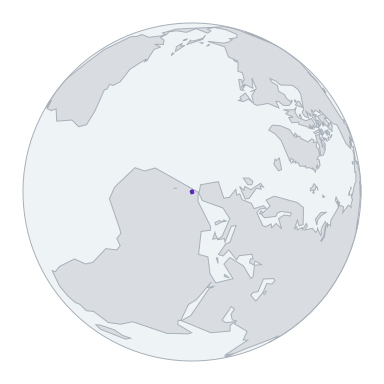 Rabat - Salé - Zemmour - Zaer on an orthographic globe, rotated 82°
{"feature_id": "MAR-1451", "entity_name": "Rabat - Salé - Zemmour - Zaer", "entity_type": "Region", "adm_level": 1, "iso_a3": "MAR", "parent_name": "Morocco", "parent_adm1": "", "projection": "orthographic", "projection_center": [-6.34, 33.685], "detail": "coarse", "context": "on_globe", "style": "filled", "palette": "violet", "viewbox_px": 384, "rotation_deg": 82, "n_neighbors": 0, "source": "natural_earth", "source_scale": "10m", "svg_char_len": 9862}
<svg xmlns="http://www.w3.org/2000/svg" viewBox="0 0 384 384"><g transform="rotate(82 192 192)"><circle cx="192" cy="192" r="169" fill="#eef3f6" stroke="#a8b0b8"/><path d="M62.5,300.5L49.3,278.4L45.7,271.6L38.7,259.1L29.8,231.3L30.2,225.2L29.1,219.5L32.8,213.3L33.1,200.6L32.2,196.9L30.4,199.1L28.5,184.9L29.5,173.7L32.8,136.8L35.2,130.0L38.4,123.0L55.8,92.7L40.7,117.1L44.4,109.9L50.3,100.0L50.7,99.6L59.7,87.2L65.2,80.4L78.3,67.4L92.9,57.6L88.8,60.8L92.8,58.5L98.1,54.4L100.6,52.4L121.4,42.3L140.0,33.9L142.8,31.8L144.6,32.1L147.8,29.1L155.9,26.9L148.6,29.2L149.3,29.4L155.7,27.5L157.9,27.4L162.2,26.6L164.2,26.7L159.8,28.5L160.9,28.8L165.4,27.5L170.2,27.2L163.5,29.0L171.1,28.8L165.2,32.8L145.5,39.1L144.0,43.0L128.6,54.4L131.8,54.1L128.0,58.8L130.3,60.3L126.8,62.4L131.7,61.9L134.5,59.7L137.5,58.9L139.2,59.7L134.9,62.4L133.5,62.4L133.1,63.6L130.3,64.7L132.6,64.6L127.3,68.1L134.9,66.0L132.7,69.9L128.5,71.9L125.9,69.9L109.9,70.8L104.9,73.0L100.4,77.6L98.3,89.6L94.1,93.1L90.5,99.0L94.2,97.7L98.3,92.7L104.3,92.2L108.7,86.6L111.8,85.8L117.5,81.1L119.8,83.9L119.0,89.4L114.4,93.5L113.9,96.2L120.9,94.2L114.9,104.4L115.3,115.8L113.3,118.5L104.9,119.4L98.3,113.9L87.4,116.8L97.7,117.3L92.8,124.7L93.3,127.1L95.4,128.3L98.6,126.6L97.6,129.8L87.0,130.1L87.8,127.1L91.1,126.9L88.0,124.6L80.8,125.6L78.9,129.7L70.1,128.3L68.6,131.3L65.9,133.0L68.9,128.1L63.3,137.1L52.8,139.4L45.0,155.4L49.1,139.6L48.5,134.8L46.9,130.9L45.5,133.4L45.4,125.9L42.0,125.8L35.9,136.0L32.1,147.3L32.7,154.1L35.1,150.9L36.9,154.4L30.9,165.1L33.1,175.2L30.2,184.9L30.2,192.6L32.5,195.2L34.5,201.8L37.7,198.6L42.0,199.8L40.4,208.4L44.1,203.1L45.5,209.7L55.1,218.0L54.0,219.3L61.8,236.3L72.9,247.8L75.5,255.5L73.9,258.5L78.3,261.9L78.4,264.4L98.5,277.0L110.7,287.1L111.6,295.1L104.0,300.9L103.0,316.1L90.8,315.0L91.8,320.0L89.3,323.7L81.4,318.2L87.8,324.1L86.9,324.1L82.9,321.0L84.2,322.1L72.9,311.8L62.5,300.5ZM42.4,160.2L45.2,176.4L41.4,172.3L42.5,171.9L42.3,166.6L41.1,159.6L38.3,156.7L42.4,160.2ZM48.7,155.7L48.0,153.6L49.0,155.0L48.7,155.7ZM101.4,51.7L98.0,54.4L92.4,58.3L95.0,56.0L101.4,51.7ZM112.3,45.3L111.3,46.3L107.0,48.1L108.9,47.0L112.3,45.3ZM144.3,30.6L141.1,31.8L143.5,30.7L144.3,30.6ZM162.5,26.4L162.7,26.2L164.8,25.9L162.5,26.4ZM115.8,79.9L116.6,80.5L115.1,81.1L115.8,79.9ZM117.5,77.5L115.2,77.7L115.7,76.6L117.1,76.5L117.5,77.5ZM169.8,26.0L173.2,25.8L169.0,26.3L169.8,26.0ZM120.2,77.5L116.8,74.6L117.7,72.8L123.7,70.8L120.2,77.5ZM174.6,25.9L182.9,25.8L184.1,25.2L185.3,27.3L177.9,26.4L172.5,27.0L175.2,26.3L174.6,25.9ZM134.6,58.7L131.8,61.1L132.7,58.4L134.6,58.7ZM134.5,57.3L132.9,51.1L137.9,48.4L137.4,50.9L142.8,47.0L146.1,48.6L143.9,51.1L139.9,52.5L144.2,52.1L134.5,57.3ZM184.6,28.8L186.0,29.2L183.7,29.1L184.6,28.8ZM138.8,58.4L138.1,57.2L142.4,54.7L144.8,56.5L142.6,56.7L138.8,58.4ZM142.6,45.3L146.3,44.0L149.9,44.9L151.8,44.5L146.6,48.5L142.6,45.3ZM142.4,57.7L145.8,57.6L145.3,59.6L139.9,59.3L142.4,57.7ZM142.5,53.4L144.7,52.3L144.3,53.5L142.5,53.4ZM145.1,67.2L144.1,65.6L146.3,64.1L145.1,67.2ZM147.1,57.4L147.3,56.7L148.1,56.0L150.1,56.4L147.1,57.4ZM149.5,48.9L150.3,49.7L151.9,47.3L154.7,48.1L150.7,50.7L153.6,50.0L154.4,50.2L150.2,52.1L149.5,48.9ZM154.5,54.8L150.3,58.7L151.8,61.8L149.9,63.2L147.9,58.0L154.5,54.8ZM152.3,53.0L153.2,54.4L150.4,55.2L148.1,54.8L152.3,53.0ZM158.0,47.9L154.7,45.9L155.7,45.5L158.0,47.9ZM155.4,55.5L156.4,54.5L155.9,55.6L155.4,55.5ZM157.8,49.9L156.5,49.3L157.7,48.7L157.8,49.9ZM159.4,53.3L158.1,54.5L156.4,54.2L159.4,53.3ZM159.1,51.6L161.0,51.1L156.7,53.4L158.4,51.4L159.1,51.6ZM159.1,49.5L159.4,49.0L159.5,49.9L159.1,49.5ZM166.4,54.0L161.3,57.0L157.7,56.2L163.1,53.4L166.4,54.0ZM221.0,25.6L220.2,25.5L204.4,24.6L211.5,24.8L211.8,25.2L215.5,25.7L220.3,26.0L219.7,25.8L237.4,30.3L252.8,34.9L246.9,32.4L247.3,32.3L248.6,32.8L260.2,37.4L271.4,42.9L282.2,49.1L292.5,56.2L302.2,64.0L311.4,72.4L319.9,81.6L327.7,91.3L334.7,101.6L341.0,112.4L346.5,123.6L351.1,135.2L351.6,136.7L349.7,131.6L346.4,125.9L348.9,135.4L354.2,158.7L357.8,172.8L358.4,182.4L351.9,169.1L346.5,157.5L345.7,161.9L337.7,156.8L328.5,168.3L325.8,165.9L324.3,169.9L318.5,170.4L313.8,166.2L310.9,169.1L323.1,180.0L326.0,176.9L326.5,168.0L329.5,172.8L335.0,173.7L334.0,192.9L318.0,220.2L314.1,210.3L289.8,188.3L289.2,184.4L289.0,184.1L288.5,183.5L288.7,190.1L283.8,185.4L299.3,202.7L302.9,211.2L317.8,221.1L317.0,223.5L321.0,224.6L331.3,212.0L331.9,215.7L328.5,236.5L312.2,268.9L313.0,281.3L309.6,293.0L296.6,306.0L294.8,313.2L287.6,318.7L285.2,323.0L277.8,329.3L266.5,336.3L250.5,341.4L251.8,338.3L247.3,333.6L242.0,317.7L248.4,307.5L248.0,300.2L236.1,285.2L238.9,274.4L235.1,270.6L227.7,272.9L223.1,268.2L218.4,268.7L187.2,274.7L176.3,267.8L160.0,245.1L164.6,236.1L163.1,225.1L193.0,185.9L202.0,187.4L228.7,178.4L232.5,179.1L232.3,188.4L254.7,194.2L258.4,185.3L275.7,185.5L285.3,181.1L283.6,163.5L267.8,170.4L262.1,163.7L272.4,151.3L285.8,145.8L284.1,143.1L273.2,140.4L273.7,133.3L269.1,139.1L272.8,141.0L270.0,144.9L266.4,143.4L266.8,140.8L262.0,141.3L261.6,154.1L265.3,157.4L254.4,163.7L259.6,170.1L257.6,174.6L248.0,165.6L247.0,161.4L231.3,153.0L231.4,157.8L246.2,166.3L242.7,166.3L242.8,173.7L239.9,168.2L223.7,158.3L212.2,163.5L201.9,183.0L194.3,185.3L186.0,182.5L185.4,164.5L202.5,161.4L202.5,155.7L195.4,148.2L201.2,148.2L200.4,145.0L206.5,143.6L211.4,134.8L217.1,132.9L215.6,123.1L218.3,121.0L218.4,127.2L221.5,130.8L235.1,126.6L236.7,124.0L234.6,118.1L238.6,118.0L234.9,113.0L241.0,108.3L230.4,110.0L227.6,103.9L229.4,98.0L226.6,96.5L223.7,106.2L224.3,109.9L227.8,112.5L227.6,123.7L223.7,126.6L216.7,116.5L210.3,119.8L207.6,111.1L217.1,89.2L222.9,83.8L239.7,86.5L240.4,90.6L234.6,91.6L243.1,95.8L240.9,93.0L244.2,93.1L242.5,87.9L244.7,87.8L239.1,83.2L241.7,82.5L245.2,85.4L244.8,77.7L249.2,75.3L248.1,73.7L245.5,72.7L252.9,70.7L251.6,69.6L248.8,69.8L244.5,67.9L239.9,64.0L242.7,63.5L244.7,64.9L253.2,67.3L258.3,71.3L258.9,70.8L255.2,67.2L244.8,64.2L241.3,62.0L246.1,62.8L244.1,62.3L243.2,61.1L244.9,59.6L239.5,58.5L225.7,47.6L227.6,44.1L233.5,45.6L226.8,39.0L229.5,36.5L226.8,36.5L221.8,34.0L220.9,34.7L219.3,34.5L206.0,29.5L205.1,28.3L196.4,27.1L195.0,27.2L195.2,28.0L185.3,27.3L184.1,25.2L187.3,24.9L184.4,24.2L192.0,23.8L196.9,23.4L206.9,24.1L209.9,24.2L208.4,23.9L210.4,24.0L221.0,25.6ZM186.0,206.2L185.9,209.6L186.0,206.2ZM302.4,148.3L308.9,144.0L301.8,136.2L303.7,134.1L300.6,132.4L301.3,135.7L293.1,130.7L294.3,125.7L291.4,122.1L289.1,123.4L288.1,133.4L299.8,140.4L300.1,145.6L302.4,148.3ZM55.5,218.1L56.4,220.8L54.7,219.5L55.5,218.1ZM39.7,175.1L40.8,177.2L41.0,179.5L39.9,178.5L39.7,175.1ZM52.2,190.7L54.1,193.5L51.6,192.1L52.2,190.7ZM45.9,178.7L50.6,188.9L46.0,187.2L43.2,180.9L45.8,183.1L45.9,178.7ZM45.8,159.8L46.3,161.6L45.3,162.8L45.8,159.8ZM49.4,156.8L49.1,156.5L49.3,154.6L49.4,156.8ZM93.4,124.6L94.2,124.7L95.9,126.5L94.0,126.8L93.4,124.6ZM109.6,128.7L107.6,133.8L107.7,130.2L104.8,131.3L101.4,125.4L112.2,119.5L107.9,123.1L109.6,128.7ZM100.0,116.5L100.9,120.5L99.5,116.3L100.0,116.5ZM189.9,130.2L193.2,131.8L192.5,135.7L185.4,139.3L186.2,133.6L189.9,130.2ZM197.9,133.3L192.9,122.9L197.1,120.6L195.6,123.6L198.9,123.1L197.3,127.8L206.3,136.3L206.3,140.4L193.1,144.1L197.4,140.4L193.9,138.9L197.9,133.3ZM172.6,104.2L170.5,100.8L182.4,100.2L183.0,103.5L175.9,107.0L171.0,105.1L172.6,104.2ZM131.5,75.1L130.0,74.6L131.1,73.7L133.4,73.5L131.5,75.1ZM144.5,66.6L139.7,76.9L137.6,76.7L137.3,83.6L131.7,85.8L132.1,81.2L127.6,88.3L125.7,85.1L123.3,90.1L124.8,79.6L122.9,77.3L127.1,78.9L132.3,76.9L133.9,75.3L137.3,69.2L135.9,63.7L140.7,61.2L144.6,60.8L145.7,61.8L142.1,63.0L146.1,63.4L141.9,66.0L144.5,66.6ZM186.6,64.0L182.1,64.2L189.4,67.1L185.2,69.0L186.3,69.2L184.4,71.9L184.0,75.7L181.7,76.1L182.5,77.4L181.3,79.4L181.7,81.4L177.6,83.0L177.8,85.7L175.8,85.0L177.1,89.3L174.3,86.9L172.4,89.5L176.2,90.4L153.3,96.6L145.9,101.7L141.3,107.4L137.0,103.2L138.7,95.3L143.6,86.9L151.3,82.9L148.0,81.9L150.7,79.8L152.2,81.4L151.6,77.7L154.2,76.5L158.6,70.2L156.0,66.1L157.6,63.9L159.9,64.9L159.8,62.1L165.2,62.6L166.5,61.1L173.1,60.4L176.9,63.6L177.9,61.7L183.0,61.4L186.6,64.0ZM168.3,53.9L173.7,56.8L174.1,59.4L162.5,59.6L160.6,60.9L153.2,61.6L152.8,57.9L154.9,58.0L156.9,57.3L156.3,58.7L158.3,57.0L161.4,57.2L163.8,56.0L164.9,57.2L168.3,53.9ZM235.1,174.9L237.7,174.7L241.4,173.3L241.6,178.1L235.1,174.9ZM224.0,168.4L226.1,167.3L228.1,173.0L225.4,173.4L224.0,168.4ZM225.5,162.1L226.0,166.8L224.1,164.5L225.5,162.1ZM220.2,126.1L222.2,124.8L223.1,126.0L222.8,128.4L220.2,126.1ZM207.3,74.7L204.7,74.0L204.9,73.2L200.8,69.8L203.6,68.4L207.1,69.9L207.3,74.7ZM281.9,167.5L280.2,171.9L278.2,171.1L279.2,169.7L281.9,167.5ZM260.7,175.8L266.4,176.1L260.7,177.1L260.7,175.8ZM209.7,72.6L207.7,71.3L210.3,71.4L209.7,72.6ZM205.4,67.2L208.2,67.0L203.4,67.8L205.4,67.2ZM328.4,278.4L315.1,301.9L310.0,305.6L311.2,301.1L317.7,288.1L324.4,280.7L328.2,273.2L328.4,278.4ZM358.2,173.7L359.8,179.4L359.8,182.8L358.2,173.7ZM230.7,61.4L233.4,67.4L237.1,71.4L242.1,72.9L236.1,73.7L230.4,67.5L230.7,61.4ZM226.0,49.2L221.6,48.4L222.7,47.3L223.9,47.4L226.0,49.2ZM224.0,49.7L220.1,51.3L217.1,50.0L220.7,48.9L224.0,49.7ZM215.1,61.3L215.7,63.1L213.5,62.9L215.1,61.3ZM247.2,32.3L245.5,31.8L242.7,30.9L243.9,31.2L247.2,32.3ZM187.2,28.8L186.1,29.1L185.9,28.6L187.2,28.8ZM218.9,35.0L216.6,34.8L216.4,34.0L218.9,35.0ZM210.2,33.8L212.0,34.8L208.9,33.9L210.2,33.8ZM216.2,37.2L212.1,35.3L217.7,36.9L216.2,37.2Z" fill="#d9dde1" stroke="#a8b0b8" stroke-width="1"/><path d="M190.1,191.6L190.3,191.4L190.6,191.2L190.8,191.0L191.1,190.5L191.5,190.7L191.8,190.6L192.3,190.6L192.8,190.8L193.0,190.8L193.1,190.7L193.2,190.8L193.3,191.0L193.4,191.4L193.5,191.7L193.5,191.9L193.4,192.2L193.4,192.3L193.3,192.5L193.3,192.8L193.4,193.0L193.2,193.1L192.8,193.1L192.4,192.9L192.3,192.7L192.0,192.6L191.9,192.9L191.8,193.0L191.8,193.3L191.6,193.4L191.5,193.5L191.0,193.3L190.8,193.2L190.9,192.8L190.8,192.6L190.9,192.4L190.4,192.2L190.2,191.7L190.1,191.6Z" fill="#8b5cf6" stroke="#5b21b6" stroke-width="1.5"/></g></svg>